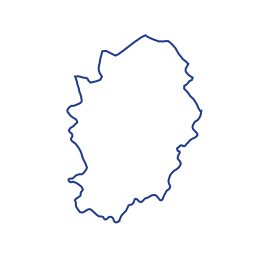 Lyuban, Minsk, Belarus (orthographic projection), rotated 240°
{"feature_id": "67162791B60458568388386", "entity_name": "Lyuban", "entity_type": "district", "adm_level": 2, "iso_a3": "BLR", "parent_name": "Belarus", "parent_adm1": "Minsk", "projection": "orthographic", "projection_center": [28.032, 52.73], "detail": "fine", "context": "isolated", "style": "outline", "palette": "blue", "viewbox_px": 256, "rotation_deg": 240, "n_neighbors": 0, "source": "geoboundaries", "source_scale": "gbopen_adm2", "svg_char_len": 3400}
<svg xmlns="http://www.w3.org/2000/svg" viewBox="0 0 256 256"><g transform="rotate(240 128 128)"><path d="M167.0,209.0L170.1,209.0L173.3,209.0L176.6,208.4L180.1,207.5L183.0,206.4L184.6,203.8L185.1,202.2L187.6,198.0L190.4,195.6L193.6,193.0L196.9,190.7L199.6,189.4L199.9,185.0L199.1,175.6L198.4,170.5L197.4,163.1L196.7,156.4L197.0,153.3L201.7,150.2L205.7,147.6L207.3,144.2L206.1,143.0L203.4,140.3L201.4,138.3L198.9,136.4L196.6,134.1L193.5,131.9L190.3,131.0L185.5,131.1L183.6,128.0L184.4,123.7L186.0,118.3L188.6,117.5L191.4,117.5L194.2,114.3L197.6,110.9L199.0,107.9L198.5,107.9L193.6,106.9L190.6,105.9L188.9,105.6L186.0,104.9L184.4,104.2L181.7,103.8L178.7,103.1L177.1,102.5L174.9,101.7L173.8,100.5L173.5,99.0L173.7,96.3L174.1,93.7L174.5,91.6L175.5,90.2L175.3,87.7L174.6,85.7L173.4,84.1L171.9,83.7L170.3,84.0L168.9,84.1L166.7,84.6L164.6,85.5L163.3,86.3L161.4,87.3L159.7,87.3L158.3,86.9L157.8,85.3L157.6,83.7L156.9,81.9L156.8,78.4L155.7,75.7L153.9,75.4L152.3,76.1L150.8,76.5L149.0,76.0L148.1,75.0L147.7,73.8L146.7,72.8L144.3,73.1L142.5,73.8L141.4,74.5L139.5,74.9L137.6,75.1L135.4,75.3L132.0,75.3L129.0,74.9L126.0,74.1L122.8,73.6L119.9,73.5L117.3,73.2L114.1,72.6L112.8,70.8L111.8,68.5L111.1,66.6L111.1,64.6L112.3,62.7L112.6,61.4L112.9,59.9L112.9,58.9L112.5,57.4L112.1,55.8L112.1,54.5L113.0,52.7L113.4,51.6L113.0,50.6L112.0,50.3L110.6,50.5L109.5,51.5L109.3,52.9L109.0,53.3L108.1,54.3L106.9,55.3L104.8,56.6L102.6,57.5L100.6,58.3L97.6,58.3L96.7,57.3L96.0,55.3L95.1,54.3L93.7,53.6L93.1,52.6L92.8,49.6L92.6,47.0L92.1,45.9L90.5,45.7L89.4,45.5L87.8,44.6L85.7,43.7L83.2,43.9L81.7,44.0L79.1,44.4L78.0,45.7L77.3,47.1L77.4,49.6L77.5,52.0L77.2,53.6L76.5,54.8L75.1,55.4L72.9,56.1L70.8,56.8L68.5,57.5L66.1,58.6L65.2,59.9L64.3,61.2L63.3,62.0L62.1,62.0L61.0,61.9L59.9,62.8L59.9,64.4L60.1,65.5L60.4,67.2L59.9,68.4L58.6,69.5L57.2,69.9L55.4,69.5L53.5,69.5L52.4,70.1L51.9,71.5L51.8,73.1L51.8,74.1L52.3,74.2L53.3,75.7L54.9,77.7L56.0,80.0L56.6,82.2L57.3,84.9L58.3,86.3L59.4,88.0L60.6,89.6L60.6,91.0L60.0,92.4L59.9,93.6L60.7,95.5L62.0,97.1L62.9,98.1L62.8,99.4L62.0,100.0L60.6,100.5L59.0,100.8L58.1,101.4L57.3,102.4L57.3,103.2L57.5,104.5L58.2,106.5L58.4,107.5L57.8,110.5L57.8,112.7L57.8,115.0L57.0,116.8L56.6,117.9L54.2,119.0L52.5,119.2L49.7,119.6L49.0,120.1L48.7,121.0L48.9,122.1L49.8,123.3L50.8,124.5L51.8,126.0L52.7,127.4L53.8,129.2L54.5,130.7L54.5,132.7L55.1,134.1L56.2,135.3L57.4,135.6L59.0,135.6L61.1,136.2L62.0,136.7L63.7,138.2L64.7,139.4L66.0,140.9L66.9,142.9L67.9,146.3L67.9,147.6L68.0,150.1L68.5,152.4L69.3,154.0L70.3,155.5L71.4,156.2L72.6,156.2L73.6,156.3L75.1,155.9L76.6,155.7L77.8,156.4L78.9,157.6L79.5,158.3L80.1,159.6L80.9,160.6L81.8,160.9L82.8,160.2L83.6,159.6L85.5,160.1L85.8,160.4L86.1,161.7L86.1,162.9L86.4,163.5L86.6,164.9L85.9,166.2L85.2,166.4L84.1,167.5L84.0,168.6L84.8,170.5L85.3,172.5L86.2,174.8L86.5,177.0L86.5,179.3L86.2,181.6L86.5,183.1L87.2,184.7L89.1,185.1L90.9,184.7L92.2,184.3L94.2,183.9L96.2,184.1L98.0,185.6L98.7,186.9L99.7,188.2L100.0,189.5L100.0,190.7L100.0,192.3L100.9,194.4L101.6,195.7L102.5,196.9L103.6,198.0L104.9,199.0L106.2,200.1L106.6,199.1L110.1,198.9L113.5,199.4L116.1,199.4L120.8,199.1L123.9,198.0L128.2,197.6L130.8,197.1L134.0,196.3L136.4,197.8L136.4,200.7L137.9,204.7L137.7,207.4L139.3,209.2L143.0,207.2L146.8,206.3L148.4,206.3L150.4,207.6L151.9,209.8L153.3,212.3L156.6,211.4L160.4,209.9L163.5,209.5L166.4,209.0L167.0,209.0Z" fill="none" stroke="#1e3a8a" stroke-width="2"/></g></svg>